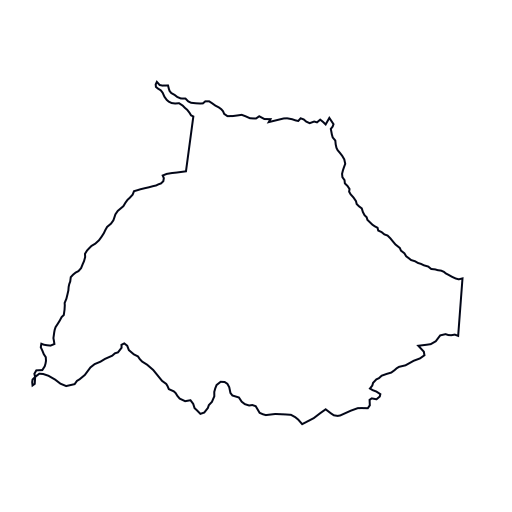 the district of Poranga, Ceará, Brazil, rotated 276°
{"feature_id": "56859067B70222133799440", "entity_name": "Poranga", "entity_type": "district", "adm_level": 2, "iso_a3": "BRA", "parent_name": "Brazil", "parent_adm1": "Ceará", "projection": "robinson", "projection_center": [-41.066, -4.8], "detail": "fine", "context": "isolated", "style": "outline", "palette": "ink", "viewbox_px": 512, "rotation_deg": 276, "n_neighbors": 0, "source": "geoboundaries", "source_scale": "gbopen_adm2", "svg_char_len": 4160}
<svg xmlns="http://www.w3.org/2000/svg" viewBox="0 0 512 512"><g transform="rotate(276 256 256)"><path d="M197.7,465.4L255.3,463.7L254.0,460.1L254.5,456.9L255.8,453.1L257.4,449.4L258.5,446.6L259.9,444.5L260.8,441.6L260.9,438.2L261.4,435.6L261.4,431.6L263.5,428.4L264.3,423.9L265.4,420.9L266.0,417.8L267.4,414.7L268.2,410.6L269.7,408.3L271.4,405.4L274.2,403.3L276.5,399.6L279.0,398.2L282.1,393.4L284.9,390.5L287.6,387.8L290.1,384.7L290.9,381.4L292.9,378.4L294.1,374.9L296.8,373.9L297.9,371.1L299.3,368.5L301.5,365.7L303.6,363.0L306.1,362.0L307.9,359.7L310.9,357.7L314.4,356.2L316.2,353.2L318.2,350.7L321.0,349.7L324.4,346.8L327.3,343.6L329.7,341.9L332.4,342.0L335.2,339.7L337.5,336.8L340.7,336.1L343.4,333.7L346.7,333.0L350.3,333.5L353.0,334.1L357.0,335.1L361.3,333.7L364.7,331.2L367.4,328.6L369.8,326.1L372.0,324.7L375.3,323.6L379.1,322.8L381.9,319.9L384.9,318.7L387.3,318.0L390.2,317.1L392.7,318.7L395.2,319.3L401.0,314.5L394.1,311.5L396.4,308.6L398.3,305.6L395.3,302.7L395.8,299.8L393.7,295.5L394.9,291.9L396.8,289.2L397.6,286.0L394.7,283.9L395.0,281.1L395.8,277.6L396.2,272.6L395.7,269.2L390.5,254.7L393.6,256.1L393.1,250.0L395.3,244.6L392.8,241.7L392.5,238.6L392.4,235.5L393.9,230.9L394.9,227.0L393.9,223.1L392.8,218.5L392.1,213.0L394.0,209.5L396.5,208.1L398.3,206.2L399.9,203.5L401.3,199.9L403.3,196.4L404.9,193.3L404.5,189.4L402.2,187.2L401.8,184.5L401.6,180.3L401.6,175.4L402.7,172.4L405.2,169.4L404.8,164.8L405.9,161.1L407.7,158.2L409.2,154.7L411.1,152.8L413.3,151.8L416.4,150.7L415.7,145.1L416.0,142.3L418.8,139.2L416.1,138.3L413.7,138.8L412.3,140.9L410.8,144.0L408.6,146.1L404.8,148.3L401.9,150.9L400.4,153.1L399.3,156.1L399.2,159.7L399.9,163.5L397.9,167.4L395.9,169.8L394.2,172.3L391.5,174.9L389.1,176.7L388.2,179.1L332.9,177.5L332.2,174.6L331.5,171.7L330.7,168.4L329.7,163.6L328.3,158.6L326.3,154.8L323.8,156.2L320.7,156.0L318.2,153.9L317.1,151.5L315.7,149.3L314.7,146.3L313.1,142.2L311.8,138.3L310.3,134.1L309.0,131.1L307.7,127.9L304.1,126.9L300.5,124.2L298.5,122.4L295.4,120.6L291.7,118.9L289.0,116.3L286.4,113.8L282.7,111.8L279.4,111.1L276.5,110.4L273.0,108.4L269.4,104.9L266.2,103.5L262.8,102.3L259.0,100.4L255.2,98.2L251.5,94.9L248.8,91.3L246.2,89.2L243.8,87.4L240.3,85.7L237.1,86.2L232.9,85.5L229.8,84.5L225.6,83.3L222.4,81.0L220.7,78.4L218.4,76.1L215.6,74.0L211.2,73.9L208.5,73.2L205.7,72.9L202.2,73.0L198.1,72.5L193.7,71.9L189.3,70.6L186.9,71.0L182.4,71.2L177.2,71.0L175.0,69.1L171.3,67.6L167.4,65.7L164.3,64.1L161.5,63.5L159.0,63.3L155.7,63.2L153.2,63.1L150.1,64.0L147.4,64.7L145.4,61.0L145.4,57.4L145.6,54.3L146.3,51.7L142.7,51.5L139.6,53.4L136.2,55.2L133.4,57.5L129.8,58.1L126.9,57.9L124.2,57.4L120.2,55.4L119.3,49.5L115.7,47.9L112.6,49.0L116.3,52.8L116.4,56.7L115.2,62.1L112.1,69.1L108.6,74.8L106.8,80.8L109.6,89.0L113.1,91.0L114.9,93.4L119.8,98.2L127.9,103.0L131.6,106.8L134.6,112.3L137.9,116.6L141.8,123.4L144.5,125.9L145.7,128.8L150.7,131.9L153.6,131.5L155.3,134.1L153.3,137.3L149.1,139.4L145.4,144.8L143.8,149.1L141.3,151.2L139.1,153.8L136.5,159.1L131.9,165.7L122.0,175.6L119.4,180.1L117.4,181.6L114.5,183.2L112.8,188.4L111.3,190.4L108.7,192.4L106.2,195.0L104.2,200.7L105.7,205.9L102.4,209.0L98.3,210.8L96.5,213.2L93.2,217.2L94.9,220.9L99.8,224.0L102.8,224.7L106.3,227.4L112.1,229.2L116.5,228.7L120.1,229.3L123.6,230.3L127.2,234.0L127.4,238.0L125.9,240.9L122.7,243.1L117.1,244.9L114.8,247.1L113.5,253.8L109.6,257.0L107.5,260.4L106.6,264.8L107.4,267.9L106.6,271.4L100.4,276.0L99.3,279.5L98.8,282.4L100.9,291.7L101.5,301.7L101.7,307.4L99.8,311.9L97.7,315.1L93.6,319.5L100.8,330.4L106.5,336.4L110.8,341.3L107.2,347.2L105.7,350.1L105.5,353.9L106.2,356.4L112.1,366.5L115.3,373.1L115.8,376.9L116.3,383.1L119.4,384.8L124.8,384.0L126.5,386.0L126.1,390.8L129.2,393.8L131.6,394.1L133.8,389.8L134.8,386.0L136.1,383.2L139.3,385.2L142.1,385.7L145.9,388.6L147.3,391.0L150.1,393.5L152.4,398.3L154.2,402.7L156.9,405.7L159.0,407.6L160.7,409.8L162.9,416.1L168.3,423.8L171.3,429.8L174.9,433.9L178.4,432.9L183.7,426.8L185.6,435.1L186.6,439.0L190.0,443.7L196.3,447.5L198.1,452.7L197.5,455.5L197.6,458.4L198.6,461.9L197.7,465.4ZM112.6,49.0L109.8,46.7L107.2,46.6L103.9,47.3L105.7,49.3L112.6,49.0Z" fill="none" stroke="#020617" stroke-width="2"/></g></svg>